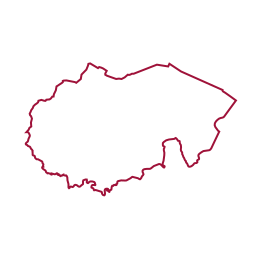 SVG path tracing the border of West Kazakhstan, rotated 193°
{"feature_id": "KAZ-3201", "entity_name": "West Kazakhstan", "entity_type": "Region", "adm_level": 1, "iso_a3": "KAZ", "parent_name": "Kazakhstan", "parent_adm1": "", "projection": "orthographic", "projection_center": [51.03, 49.856], "detail": "fine", "context": "isolated", "style": "outline", "palette": "rose", "viewbox_px": 256, "rotation_deg": 193, "n_neighbors": 0, "source": "natural_earth", "source_scale": "10m", "svg_char_len": 4939}
<svg xmlns="http://www.w3.org/2000/svg" viewBox="0 0 256 256"><g transform="rotate(193 128 128)"><path d="M171.9,56.1L172.5,56.5L172.9,57.8L173.2,59.3L173.6,60.4L175.2,63.4L175.9,65.8L176.0,66.2L176.3,66.6L176.7,67.1L177.1,67.6L177.6,67.8L177.8,67.9L178.3,67.5L180.4,67.6L180.5,68.0L180.8,67.8L181.1,67.4L181.2,67.1L181.4,66.9L181.7,66.8L182.3,66.7L182.5,66.3L182.7,66.0L183.1,65.9L183.3,66.0L183.8,66.5L184.0,66.7L185.3,66.5L185.8,66.7L185.5,67.4L186.0,67.5L186.6,67.8L187.0,67.9L187.3,67.8L187.6,67.5L187.9,67.1L188.2,66.8L189.1,66.4L191.9,66.5L191.7,65.8L191.8,65.5L192.1,65.4L192.4,65.4L192.6,65.5L192.8,65.7L192.8,65.9L193.0,66.1L193.4,66.1L193.5,66.0L193.6,65.9L195.4,66.1L195.7,66.0L196.3,65.7L196.8,66.1L197.7,66.4L198.0,66.7L198.5,67.6L198.9,68.0L201.3,68.9L202.3,69.5L202.6,69.8L202.8,70.4L202.6,70.7L201.8,71.2L202.3,71.7L202.3,72.3L202.2,73.0L202.3,73.6L203.2,74.3L203.5,74.8L203.7,75.5L204.3,76.1L208.7,77.3L209.9,77.0L210.5,77.2L211.5,77.8L211.9,78.3L212.5,79.6L213.1,79.9L214.3,80.0L214.8,80.3L215.0,80.9L215.3,82.3L215.5,82.8L215.7,83.2L215.8,83.5L215.7,84.2L216.5,85.1L216.9,85.4L217.9,86.0L218.2,86.4L218.6,86.9L219.0,87.4L219.5,87.7L221.5,88.0L222.2,88.6L222.4,88.7L223.5,88.9L223.8,89.1L224.0,89.4L224.1,89.7L224.0,90.1L223.9,90.5L222.6,92.3L222.5,93.1L222.5,94.7L222.4,95.5L222.0,97.2L221.9,97.9L222.0,98.7L222.4,99.4L223.4,100.6L223.8,101.0L224.4,101.3L224.9,101.4L226.0,101.1L224.4,104.0L224.1,105.9L222.6,107.7L223.8,111.5L223.7,115.5L225.1,117.7L226.2,118.4L227.0,119.8L226.5,122.0L226.3,123.6L225.3,125.9L225.0,128.0L223.8,129.9L222.4,131.4L221.4,132.8L221.4,134.4L218.7,135.9L215.8,135.7L214.5,135.9L213.9,137.2L210.9,138.2L209.8,139.4L208.8,141.6L207.6,141.9L207.8,144.2L206.8,148.5L207.0,152.4L202.4,157.2L201.8,158.1L202.1,159.2L201.4,159.7L198.7,160.5L190.0,160.8L188.6,160.4L185.0,165.1L185.3,169.6L181.7,175.5L181.0,179.9L181.0,181.6L179.4,182.4L170.7,179.6L169.8,180.9L167.6,180.8L165.6,180.4L161.6,178.9L162.4,176.0L162.1,174.8L160.2,174.2L150.6,173.1L147.9,174.1L145.3,174.3L142.6,176.6L140.2,179.9L139.0,179.9L137.7,180.6L136.5,181.7L134.6,182.2L114.1,196.2L102.7,197.0L102.1,199.9L89.0,195.0L44.4,186.3L44.4,186.0L44.1,185.4L43.6,185.0L41.2,184.2L35.1,181.7L29.0,179.1L33.1,169.6L36.9,160.7L37.5,159.9L38.4,159.3L40.3,158.4L40.9,157.9L41.4,157.6L42.7,156.0L43.8,154.2L44.4,152.2L44.2,150.3L43.1,148.6L39.6,145.6L38.3,145.0L40.3,136.0L42.3,126.9L43.0,125.4L43.9,124.6L49.3,122.5L51.0,120.9L52.6,119.0L53.2,118.0L53.2,116.7L52.0,114.7L51.8,113.7L52.1,113.2L53.1,112.4L53.3,111.8L53.2,111.3L52.9,110.8L52.7,110.4L53.0,109.7L53.4,109.3L55.1,108.7L55.5,108.3L56.2,106.8L56.4,106.5L57.2,105.5L58.2,104.6L59.3,104.1L60.3,104.1L60.9,104.6L62.4,106.7L63.4,107.3L63.7,107.7L64.0,108.2L64.1,108.6L64.3,108.9L64.8,109.1L65.1,109.3L66.1,110.6L66.6,111.4L67.5,112.2L68.4,113.7L69.3,114.7L69.4,115.1L69.5,115.6L69.7,116.2L70.0,116.6L71.1,117.6L71.6,118.6L71.8,119.7L71.9,120.8L72.2,121.9L72.3,122.2L72.6,123.0L72.7,123.3L73.0,123.6L73.9,124.5L74.3,125.4L74.5,126.2L74.8,126.8L75.6,126.9L76.3,126.8L76.5,126.9L77.6,128.0L79.0,128.9L79.3,129.0L79.6,128.8L80.2,128.0L80.5,127.8L85.5,126.0L88.0,124.6L89.9,122.5L90.3,121.8L90.5,121.5L90.6,121.1L90.3,119.6L90.1,119.0L89.8,118.5L88.2,118.0L88.1,117.0L88.4,115.7L88.0,114.2L87.0,112.1L86.5,109.5L86.0,104.1L86.2,101.5L86.1,100.3L85.5,99.5L84.3,99.2L83.7,98.9L83.7,98.1L84.0,97.6L84.6,97.7L87.7,99.7L88.8,100.0L89.8,99.8L94.3,96.7L96.5,93.9L97.5,93.1L100.8,92.3L102.9,91.5L103.8,90.7L104.2,89.5L103.8,88.3L103.0,87.3L102.5,86.3L102.8,85.3L103.4,84.3L103.6,83.7L103.8,82.5L104.1,81.8L104.4,81.2L104.7,80.8L105.2,80.7L107.1,81.3L112.7,81.4L113.1,81.1L114.3,79.6L117.7,76.6L118.7,76.2L122.9,75.4L125.7,74.0L126.1,73.6L126.2,73.3L126.2,72.8L126.1,72.1L126.0,71.4L126.2,71.1L126.6,70.8L126.9,70.5L126.8,70.3L126.6,70.1L126.5,69.9L126.7,69.7L127.0,69.6L128.4,69.5L128.8,69.4L129.1,69.0L129.3,68.4L129.9,68.3L130.3,68.2L130.5,67.8L130.6,66.9L130.4,64.7L130.4,64.2L130.9,63.7L131.3,63.6L131.6,63.3L131.7,62.4L131.8,61.6L132.2,61.6L133.1,62.3L134.2,62.3L134.4,62.5L133.9,63.1L133.6,63.8L133.8,64.1L134.4,64.2L135.0,64.1L136.0,63.7L136.6,63.0L136.7,62.0L135.6,58.8L135.6,57.6L136.1,57.0L137.4,57.2L137.8,57.5L138.2,57.9L138.6,58.4L138.8,59.0L139.2,59.7L139.8,59.9L145.5,60.3L145.9,60.2L146.5,59.9L147.0,59.7L147.4,60.0L147.9,61.0L148.2,61.3L148.7,61.5L149.7,61.6L150.2,61.8L150.4,62.6L150.4,63.4L150.2,64.0L149.9,64.4L149.4,64.6L147.1,65.0L147.0,65.3L147.3,65.9L147.7,66.5L147.9,66.9L147.9,67.0L148.6,67.7L150.4,67.9L152.3,67.6L153.5,66.9L153.9,66.3L154.2,65.7L154.6,65.3L155.1,65.3L155.7,65.6L156.0,65.9L156.1,66.5L156.1,67.3L156.6,68.5L157.7,68.3L158.9,67.6L159.8,66.9L159.8,65.5L159.4,64.2L159.3,63.1L160.6,61.6L161.3,60.5L161.7,60.1L162.4,59.8L163.0,59.9L163.7,60.1L164.3,60.5L164.9,60.7L165.6,60.8L166.3,60.8L166.9,60.6L167.4,60.1L167.9,58.9L168.2,58.4L168.8,58.0L170.1,58.1L170.8,58.0L171.2,57.6L171.5,56.5L171.9,56.1Z" fill="none" stroke="#9f1239" stroke-width="2"/></g></svg>